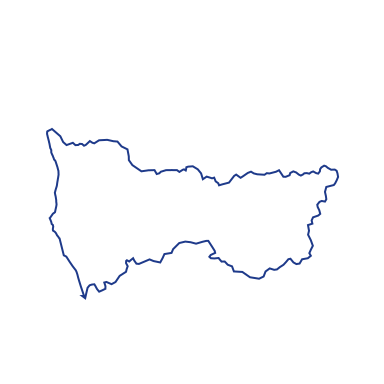 Ansina, Tacuarembó, Uruguay (Natural Earth projection), rotated 252°
{"feature_id": "84410073B28214065612775", "entity_name": "Ansina", "entity_type": "district", "adm_level": 2, "iso_a3": "URY", "parent_name": "Uruguay", "parent_adm1": "Tacuarembó", "projection": "natural_earth1", "projection_center": [-55.347, -31.995], "detail": "fine", "context": "isolated", "style": "outline", "palette": "blue", "viewbox_px": 384, "rotation_deg": 252, "n_neighbors": 0, "source": "geoboundaries", "source_scale": "gbopen_adm2", "svg_char_len": 4644}
<svg xmlns="http://www.w3.org/2000/svg" viewBox="0 0 384 384"><g transform="rotate(252 192 192)"><path d="M124.0,57.6L128.6,60.3L133.2,63.1L134.9,65.8L134.9,68.2L134.4,70.6L132.8,71.0L129.0,71.7L125.9,72.9L126.2,76.0L126.7,79.7L129.2,80.6L133.0,80.6L132.9,82.8L129.2,87.0L130.0,91.4L134.6,97.3L136.5,104.6L138.8,106.0L141.3,107.9L144.8,107.3L146.8,108.1L147.2,109.0L145.3,110.8L146.2,112.8L146.8,114.5L147.2,115.5L144.6,115.9L141.0,117.0L140.0,119.3L141.0,130.8L138.2,134.1L134.8,140.0L138.2,143.6L141.5,146.6L140.4,153.7L143.5,156.4L147.4,164.1L146.9,170.3L144.7,175.1L141.6,179.9L141.4,186.6L141.1,190.4L140.5,192.4L134.1,194.1L129.0,195.4L126.9,195.2L126.7,193.2L126.3,190.3L125.0,188.5L123.2,189.5L121.9,192.7L121.0,196.9L119.3,197.5L116.7,198.6L115.8,201.6L114.6,202.2L111.8,203.5L108.9,207.1L103.5,207.3L100.4,215.2L93.0,220.8L88.8,229.0L89.5,234.0L93.7,237.4L95.3,242.3L92.6,246.1L92.1,248.9L93.4,252.3L94.5,256.5L96.3,259.7L98.3,262.9L98.1,265.0L93.7,266.7L91.2,269.0L90.7,272.2L94.0,275.9L93.2,281.7L94.6,285.3L97.6,284.7L100.5,287.3L103.5,290.3L109.5,290.1L115.5,289.2L119.0,291.3L124.7,292.1L124.7,296.7L128.0,297.0L130.5,299.3L130.6,304.8L131.6,307.2L133.4,307.3L135.4,307.4L138.9,306.9L141.2,307.2L143.2,310.2L143.4,312.6L141.8,315.5L143.6,317.5L146.8,318.1L151.0,318.5L155.3,321.3L154.8,329.0L156.0,330.8L158.5,333.3L161.2,335.6L164.8,336.1L167.5,336.1L169.2,334.7L170.2,331.2L173.0,328.6L175.1,327.3L176.2,325.8L175.4,322.6L174.1,320.9L172.1,320.0L170.5,317.7L171.6,315.9L174.1,313.6L174.0,311.5L173.2,309.2L174.5,307.0L175.1,304.6L174.4,303.0L174.0,300.6L175.5,299.0L178.4,297.1L180.3,294.7L179.7,291.3L177.8,290.0L177.5,285.8L178.3,283.6L185.8,281.5L185.3,278.1L185.7,271.4L186.8,268.9L186.0,266.3L188.7,259.5L190.6,256.5L193.1,254.4L192.9,251.0L191.1,245.0L190.5,242.6L194.9,239.4L194.3,237.1L189.5,230.1L189.9,223.4L190.0,219.8L192.2,219.7L194.8,217.8L198.8,217.5L198.8,215.3L200.0,213.7L202.1,210.7L200.8,206.3L206.9,206.4L211.8,204.5L216.2,200.7L217.3,196.2L217.3,194.3L215.1,193.2L214.4,192.7L216.0,191.4L216.0,190.1L215.0,186.2L217.4,184.5L219.1,179.5L220.8,174.0L220.9,168.6L219.9,166.7L220.0,164.0L224.4,163.1L226.1,157.3L227.3,150.3L236.0,143.6L241.8,141.8L245.5,142.9L252.5,143.8L257.1,139.1L263.0,136.7L264.6,132.9L267.8,127.5L269.9,119.6L268.5,114.1L269.6,112.5L272.0,110.6L270.8,108.1L269.6,105.5L269.4,103.6L271.6,102.3L272.5,100.2L271.9,98.3L272.6,95.6L275.6,93.9L275.4,87.2L279.3,84.9L285.7,84.0L295.2,78.3L295.1,78.0L295.0,77.5L294.9,76.7L294.9,76.3L294.8,75.7L294.7,75.0L294.5,74.1L294.5,73.5L294.4,73.3L294.4,73.2L294.2,73.0L294.1,72.9L293.7,72.8L293.3,72.6L293.0,72.4L292.9,72.4L292.7,72.3L292.2,72.2L291.7,72.1L291.4,72.0L291.2,72.0L290.8,72.0L290.4,72.0L289.6,71.9L288.5,71.8L287.7,71.8L286.9,71.7L286.1,71.7L285.3,71.6L284.6,71.6L283.9,71.5L283.1,71.4L282.4,71.4L281.6,71.3L280.8,71.2L280.0,71.1L279.4,71.0L279.0,71.0L278.6,70.9L278.2,70.9L277.8,70.8L277.7,70.8L277.4,70.8L277.0,70.9L276.4,71.0L276.2,71.0L275.7,71.0L275.4,71.1L275.2,71.0L274.9,71.0L274.6,70.9L274.3,70.8L273.9,70.6L273.5,70.5L273.2,70.4L272.9,70.4L272.6,70.4L272.4,70.4L271.9,70.5L271.5,70.5L271.2,70.5L270.9,70.6L270.6,70.6L270.3,70.6L270.0,70.7L269.7,70.7L269.3,70.8L269.0,70.8L268.6,70.8L268.3,70.8L267.9,70.8L267.6,70.9L267.2,70.9L266.8,70.9L266.4,70.9L266.1,70.9L265.7,70.9L265.4,70.9L265.2,71.0L264.9,71.2L264.6,71.3L264.4,71.5L264.2,71.5L263.5,71.7L263.3,71.7L263.1,71.7L262.6,71.7L261.6,71.7L260.8,71.7L259.8,71.7L259.1,71.7L258.5,71.7L257.7,71.7L257.2,71.7L256.8,71.7L256.1,71.6L255.4,71.6L254.4,71.5L253.8,71.5L253.4,71.5L253.1,71.4L252.3,71.2L251.6,71.0L250.6,70.7L250.2,70.6L249.8,70.5L249.4,70.3L249.2,70.2L248.6,69.9L247.8,69.5L246.8,69.0L245.9,68.5L245.1,68.1L244.3,67.7L243.4,67.2L242.6,66.8L241.4,66.2L240.7,65.9L239.4,65.2L238.1,64.3L237.0,63.5L236.7,63.3L236.1,62.9L235.5,62.5L234.2,61.7L233.9,61.5L233.8,61.4L233.7,61.4L233.4,61.3L233.2,61.3L232.6,61.2L231.7,61.1L230.8,61.0L230.3,61.0L229.7,60.9L229.0,60.8L228.3,60.7L227.9,60.6L226.5,60.4L226.2,60.3L225.7,60.2L225.1,60.0L224.5,59.8L224.3,59.8L223.9,59.7L223.6,59.7L223.1,59.6L222.6,59.4L222.4,59.4L221.9,59.3L219.8,58.2L219.2,57.8L218.7,57.5L218.4,57.4L218.0,57.1L217.3,56.7L215.7,55.8L215.2,55.5L215.1,55.3L215.1,55.2L214.8,54.7L214.7,54.3L214.7,54.1L214.3,53.0L211.2,48.9L211.1,48.6L207.3,48.9L204.9,48.7L203.6,49.5L202.8,49.4L201.9,49.3L200.4,48.5L199.1,48.0L198.2,47.9L196.9,49.0L196.0,49.5L195.2,49.8L194.4,50.0L192.4,50.3L190.8,51.0L189.6,51.2L188.8,51.7L171.4,50.5L169.4,52.5L163.3,54.1L158.2,55.6L153.4,57.3L151.7,57.5L148.8,57.5L146.0,57.3L142.9,57.2L136.8,57.1L126.5,57.2L127.0,55.5L124.0,57.6Z" fill="none" stroke="#1e3a8a" stroke-width="2"/></g></svg>